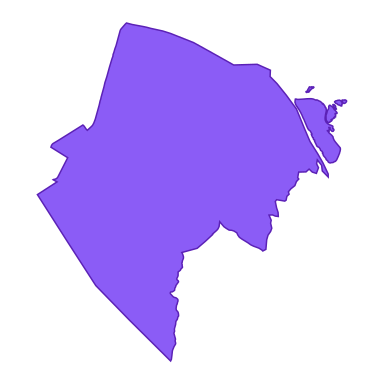 Tigre, Buenos Aires, Argentina
{"feature_id": "61730980B37602961907031", "entity_name": "Tigre", "entity_type": "district", "adm_level": 2, "iso_a3": "ARG", "parent_name": "Argentina", "parent_adm1": "Buenos Aires", "projection": "orthographic", "projection_center": [-58.508, -34.4], "detail": "fine", "context": "isolated", "style": "filled", "palette": "violet", "viewbox_px": 384, "rotation_deg": 0, "n_neighbors": 0, "source": "geoboundaries", "source_scale": "gbopen_adm2", "svg_char_len": 5957}
<svg xmlns="http://www.w3.org/2000/svg" viewBox="0 0 384 384"><path d="M270.4,70.2L257.2,64.3L233.7,65.0L214.5,54.2L193.8,42.7L170.7,33.5L162.8,31.0L150.9,28.4L146.8,27.3L143.0,26.5L132.2,24.5L126.5,23.0L125.4,24.0L121.1,28.9L120.5,29.8L120.1,30.8L116.1,45.5L114.9,48.8L113.8,52.6L113.1,54.4L112.9,56.3L112.0,58.7L109.5,67.0L106.8,76.8L104.9,82.7L104.0,86.7L101.1,97.3L100.8,98.9L100.1,101.0L99.2,105.1L95.3,119.1L93.9,122.8L92.8,124.9L92.4,125.5L91.1,126.8L87.3,130.3L86.0,128.9L84.2,126.2L82.9,125.0L59.1,139.9L53.1,143.5L52.5,144.0L51.6,145.2L50.9,147.2L67.7,157.7L57.8,177.1L56.9,178.2L56.0,178.8L55.0,179.2L53.4,179.5L53.1,179.7L57.0,181.9L37.4,194.6L67.2,241.3L95.8,285.6L129.4,320.1L170.6,361.0L171.4,359.4L171.9,355.5L172.4,350.9L172.7,349.9L174.1,346.5L175.5,344.2L175.7,343.2L175.2,341.2L175.2,340.2L175.5,339.2L175.4,338.7L173.9,333.2L174.6,331.2L174.4,329.4L174.5,328.5L175.6,324.6L175.9,321.4L177.2,319.5L177.4,319.1L177.8,317.2L178.2,316.5L178.6,316.0L178.5,314.0L178.1,312.3L177.6,311.5L176.5,310.3L176.3,309.9L176.1,308.4L176.5,305.4L177.2,303.9L177.6,302.0L177.9,301.4L178.0,300.7L177.9,299.7L177.5,299.0L176.0,297.8L174.1,297.3L173.0,296.6L170.4,293.7L170.2,293.2L170.2,292.9L170.6,292.1L171.3,291.9L172.2,291.9L173.1,291.4L174.5,290.4L174.6,290.1L174.8,288.5L175.0,287.9L175.7,286.7L175.8,285.7L178.5,281.9L178.5,281.4L178.2,280.8L177.0,279.7L176.8,279.2L176.8,278.6L177.8,276.5L178.1,275.5L178.1,272.0L180.4,270.2L180.8,269.2L182.4,267.5L182.5,267.0L182.2,266.1L182.2,264.8L181.8,263.1L182.2,262.3L182.4,260.8L183.4,258.4L183.5,257.0L183.0,255.1L182.3,253.3L181.8,252.5L197.2,248.3L205.4,241.3L212.7,234.5L212.5,234.1L216.7,230.4L218.0,228.9L219.1,226.5L219.7,221.7L223.9,226.7L226.3,228.4L229.1,230.1L231.7,230.3L233.9,231.0L236.8,232.8L237.8,235.0L239.3,237.2L241.6,238.9L248.1,242.9L250.7,244.8L253.6,246.2L258.8,248.1L261.7,249.9L262.8,251.0L265.9,249.4L266.7,239.8L268.0,235.2L270.6,231.5L271.8,228.2L270.6,223.2L271.2,220.2L269.0,215.1L272.4,214.9L275.3,216.1L278.3,216.5L278.1,212.5L276.6,207.9L275.3,201.5L276.6,199.7L284.8,201.1L286.1,200.2L286.9,196.3L289.1,194.2L288.4,191.8L290.8,188.9L294.9,185.6L296.4,181.6L298.8,179.0L297.7,177.6L298.7,172.1L306.0,171.9L309.1,169.1L312.3,172.1L316.4,173.4L318.5,167.7L316.6,163.8L317.3,159.9L321.6,165.3L322.3,171.0L328.2,177.0L328.2,174.0L322.9,162.8L317.8,153.9L310.0,141.5L304.2,127.9L296.5,109.1L286.4,95.3L277.0,83.6L270.1,76.6L270.4,70.2ZM315.9,100.1L313.2,99.0L311.3,98.7L308.9,98.7L306.6,98.8L303.2,99.1L298.3,99.4L296.7,99.3L296.2,99.0L295.6,99.0L295.3,99.1L295.0,101.6L295.0,102.6L295.4,103.2L295.5,104.2L296.6,106.1L296.9,106.5L297.1,106.6L297.6,107.6L298.4,108.6L300.5,112.2L302.0,115.2L303.1,117.9L303.9,119.3L304.4,120.6L307.4,127.7L308.5,129.7L310.3,131.1L311.9,133.9L311.4,134.0L311.3,134.4L311.4,134.7L312.7,137.6L313.3,137.8L313.5,139.3L314.7,140.2L314.7,140.3L314.4,140.6L314.6,141.3L317.0,146.3L317.7,146.8L318.9,147.3L320.0,148.7L320.6,150.3L321.5,151.0L321.9,151.2L322.5,152.1L322.8,152.8L322.4,153.1L322.8,153.9L323.1,154.2L323.4,155.6L325.9,158.5L326.1,159.5L326.6,160.0L327.7,160.8L328.1,161.8L328.4,162.1L329.4,162.8L330.2,162.9L330.7,162.9L331.5,162.6L332.9,162.6L333.6,162.1L334.8,161.6L335.1,161.3L335.5,161.3L336.7,159.8L338.6,155.6L338.9,154.6L339.4,153.7L339.8,152.0L340.1,151.2L340.4,149.5L340.4,148.6L340.2,148.1L340.2,147.8L335.4,142.0L334.2,140.3L333.3,138.3L332.9,136.6L332.0,135.6L331.8,135.3L328.6,132.5L328.5,132.1L328.8,132.1L329.1,131.7L329.1,131.1L327.5,131.0L327.4,130.6L328.5,130.5L329.1,130.1L329.1,129.8L329.5,129.6L328.9,127.5L329.9,127.5L330.1,127.7L330.1,128.9L330.3,129.7L331.1,130.4L331.7,131.1L332.4,131.4L333.1,131.3L333.9,130.3L333.9,129.5L333.4,128.8L332.9,128.8L332.7,128.4L332.9,127.0L332.8,126.3L332.6,126.0L330.7,125.1L329.5,124.8L327.8,123.8L326.4,122.5L325.9,121.7L325.3,120.4L325.1,119.1L325.1,117.5L325.6,114.0L326.3,110.9L326.3,109.9L326.2,109.0L326.0,108.1L325.8,107.7L325.5,107.7L325.3,107.5L325.0,106.7L325.1,106.3L324.1,105.2L324.1,104.9L323.9,104.5L323.7,104.4L323.2,104.3L322.9,104.1L323.2,103.9L323.1,103.6L322.2,103.3L321.7,102.6L320.2,101.4L318.5,100.7L317.6,100.1L316.6,99.9L316.4,100.1L315.9,100.1ZM337.0,113.4L337.1,112.9L336.5,111.9L335.0,110.2L334.2,109.6L334.1,109.3L332.9,107.5L332.2,106.8L330.2,105.3L329.8,105.2L329.3,105.4L328.7,106.4L328.8,107.5L328.5,108.9L327.5,110.5L326.5,114.1L326.0,115.3L326.1,118.7L326.3,120.5L327.4,121.6L327.9,122.5L329.3,122.5L329.8,122.3L329.9,121.7L330.1,121.5L330.6,121.5L331.0,121.1L331.4,121.1L332.0,120.4L332.0,119.8L331.3,119.8L331.2,119.6L331.7,119.3L332.3,119.3L332.6,119.2L333.6,117.9L333.9,118.3L334.6,117.8L334.5,117.1L334.6,116.8L335.1,116.4L335.4,115.9L335.6,116.2L335.7,115.6L335.3,114.7L335.1,113.7L335.4,113.4L335.9,113.4L336.2,113.7L336.6,113.7L337.0,113.4ZM339.4,100.1L337.3,100.4L336.9,100.7L335.6,100.9L334.6,101.7L334.6,102.0L335.8,103.4L336.6,103.5L338.0,104.7L338.6,105.0L339.1,105.0L339.5,105.1L340.3,105.7L341.3,106.0L341.6,106.0L341.6,105.4L341.8,105.3L341.7,105.0L341.8,104.8L341.7,104.4L342.2,104.1L342.1,102.6L341.8,102.1L341.4,101.8L341.2,100.9L340.6,100.6L340.1,100.5L339.9,100.3L339.4,100.1ZM313.8,87.1L313.2,86.8L313.0,87.1L311.7,86.8L311.5,87.2L310.8,87.2L310.1,86.9L309.4,86.9L308.9,87.6L308.8,88.4L308.4,88.6L307.6,90.0L307.6,90.4L307.8,90.4L307.9,90.9L308.1,91.4L307.9,92.1L308.4,92.2L309.2,91.8L309.7,91.0L309.4,90.9L309.4,90.6L309.2,90.6L309.7,90.4L310.0,89.9L310.6,90.0L311.2,89.3L311.3,89.0L313.4,88.0L313.9,87.3L313.8,87.1ZM345.6,100.0L344.7,99.9L344.5,100.1L342.3,100.0L342.2,100.9L342.9,102.6L343.7,103.4L344.0,103.5L345.4,103.0L346.5,101.7L346.6,101.0L346.5,100.7L345.6,100.0ZM336.4,109.1L336.4,108.9L335.7,107.6L335.6,106.9L335.7,106.4L335.3,105.7L334.1,104.6L333.6,104.5L332.9,104.6L332.9,105.1L333.8,106.5L333.8,107.1L334.8,107.9L335.1,108.4L336.0,109.2L336.4,109.1ZM307.0,92.4L307.2,91.9L307.4,91.7L306.9,91.2L306.6,91.2L306.0,91.6L306.0,92.0L306.7,92.5L307.0,92.4Z" fill="#8b5cf6" stroke="#5b21b6" stroke-width="1.5"/></svg>